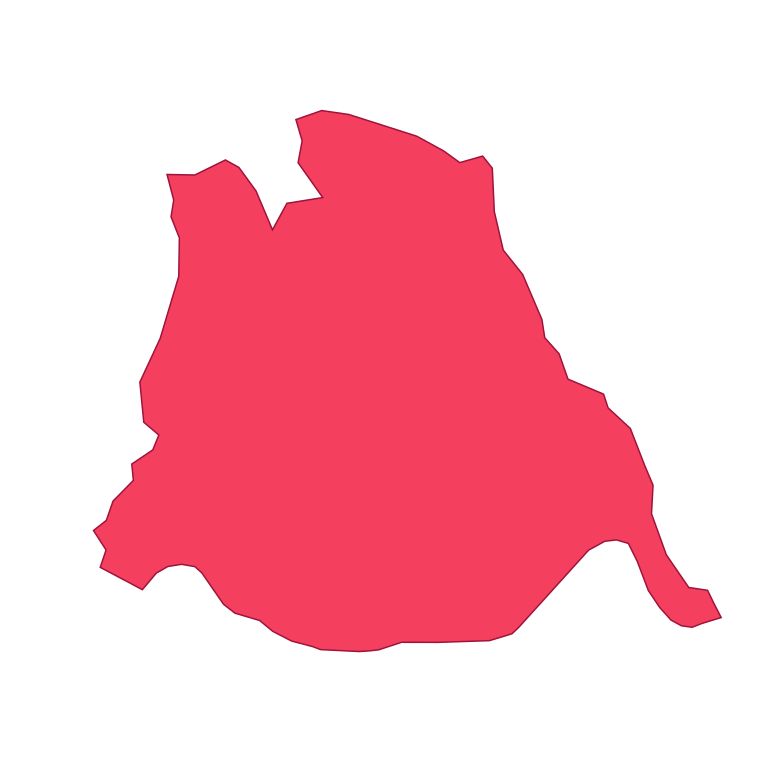 outline of Sherabad, Surkhandarya, Uzbekistan, rotated 263°
{"feature_id": "79887680B39986035389422", "entity_name": "Sherabad", "entity_type": "district", "adm_level": 2, "iso_a3": "UZB", "parent_name": "Uzbekistan", "parent_adm1": "Surkhandarya", "projection": "robinson", "projection_center": [66.82, 37.686], "detail": "fine", "context": "isolated", "style": "filled", "palette": "rose", "viewbox_px": 768, "rotation_deg": 263, "n_neighbors": 0, "source": "geoboundaries", "source_scale": "gbopen_adm2", "svg_char_len": 1211}
<svg xmlns="http://www.w3.org/2000/svg" viewBox="0 0 768 768"><g transform="rotate(263 384 384)"><path d="M209.3,119.1L224.0,134.9L229.2,147.2L229.7,161.1L225.8,174.0L218.8,180.1L184.9,197.9L174.7,208.1L164.4,231.8L152.0,243.5L140.1,261.0L131.9,281.5L128.1,288.7L121.5,326.7L120.9,337.0L120.8,346.3L125.5,370.0L123.2,388.5L121.0,406.0L116.4,457.4L120.5,480.6L125.8,487.8L194.2,566.9L201.0,584.0L200.9,595.8L196.0,607.1L177.3,613.7L146.8,621.2L128.6,630.4L114.7,640.1L107.7,649.9L105.0,660.2L107.6,670.5L111.1,690.2L126.6,684.5L139.8,680.0L144.9,661.7L180.1,643.4L222.6,633.7L250.8,638.7L271.5,632.8L309.8,623.1L333.0,603.5L347.2,600.7L366.4,567.2L392.6,561.5L410.3,549.2L428.8,548.6L475.8,535.0L502.3,518.7L541.6,514.5L585.0,517.8L598.2,509.7L594.5,486.2L607.9,471.8L625.9,446.8L640.9,414.3L655.8,381.9L663.0,355.5L657.2,328.8L635.3,332.4L614.1,325.7L576.5,345.9L575.2,309.7L550.6,292.1L591.2,280.5L616.6,266.4L625.7,253.9L614.5,221.7L618.4,194.2L592.2,197.7L575.9,193.0L554.0,198.7L515.9,193.4L456.5,167.4L415.6,141.9L375.3,140.9L360.8,154.3L346.8,146.5L335.3,123.9L318.9,123.5L300.8,100.8L282.5,91.8L274.0,77.8L253.1,87.9L236.6,80.0L209.3,119.1Z" fill="#f43f5e" stroke="#9f1239" stroke-width="1.5"/></g></svg>